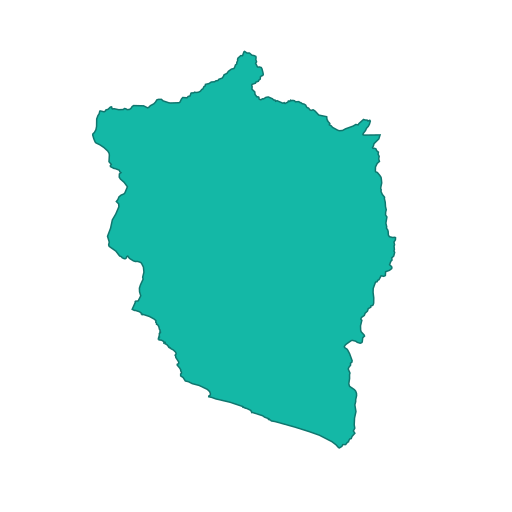 outline of Ica, Ica, Peru, rotated 350°
{"feature_id": "86281439B40725623046053", "entity_name": "Ica", "entity_type": "district", "adm_level": 2, "iso_a3": "PER", "parent_name": "Peru", "parent_adm1": "Ica", "projection": "orthographic", "projection_center": [-75.617, -14.336], "detail": "fine", "context": "isolated", "style": "filled", "palette": "teal", "viewbox_px": 512, "rotation_deg": 350, "n_neighbors": 0, "source": "geoboundaries", "source_scale": "gbopen_adm2", "svg_char_len": 6046}
<svg xmlns="http://www.w3.org/2000/svg" viewBox="0 0 512 512"><g transform="rotate(350 256 256)"><path d="M284.8,55.0L282.3,54.5L280.3,52.5L279.6,52.8L277.5,56.4L275.8,56.0L272.6,58.0L272.0,59.1L271.9,60.4L270.7,62.0L270.4,63.5L268.8,64.4L268.3,65.6L266.9,67.5L264.2,67.7L260.9,69.3L259.1,71.1L256.0,72.0L255.3,73.2L253.7,74.9L250.1,75.5L249.0,76.6L246.9,76.5L245.5,77.2L242.1,76.9L239.7,78.0L236.0,78.2L235.6,79.6L234.2,80.1L232.6,82.3L231.6,82.5L229.8,84.1L227.8,84.7L225.3,84.6L224.0,84.0L223.0,84.5L220.8,84.2L220.2,84.4L218.9,86.9L216.9,87.1L215.5,88.2L211.4,87.2L209.8,88.5L207.9,91.2L206.9,91.7L198.5,90.5L196.8,90.0L191.3,87.0L190.1,85.3L187.1,84.8L185.5,85.0L183.7,87.0L181.8,88.4L178.1,89.6L176.3,90.9L175.0,91.3L171.4,88.6L161.6,86.6L160.0,87.3L158.4,89.0L156.8,89.7L154.5,89.5L153.4,88.4L152.0,87.9L150.8,88.7L146.2,88.1L141.8,86.3L140.1,86.2L139.7,85.6L139.8,84.3L139.3,83.9L138.0,84.3L135.9,85.8L133.5,86.1L132.8,87.1L131.4,87.6L127.9,86.1L127.3,86.2L126.3,88.6L124.7,90.3L122.9,93.4L121.5,100.7L120.3,103.8L118.3,106.3L116.6,107.4L116.2,108.5L116.6,112.3L117.4,115.8L118.0,116.8L121.7,119.5L125.1,122.8L128.3,127.0L129.2,129.5L129.1,131.2L127.6,137.6L129.4,140.7L128.2,141.8L128.2,142.7L131.3,145.1L132.6,145.5L136.2,147.7L136.6,149.5L137.5,150.5L135.7,151.5L135.0,154.6L135.9,156.8L138.9,160.5L141.4,165.5L137.8,171.1L136.5,172.0L133.7,172.6L131.3,174.0L129.8,176.4L127.9,178.1L129.8,180.8L129.5,183.7L125.2,190.3L120.8,195.5L117.6,203.4L113.2,210.8L113.9,216.8L112.8,219.5L113.1,221.1L118.8,226.8L121.4,231.8L121.9,232.5L123.3,233.3L123.9,234.5L125.8,235.8L126.8,236.0L127.8,235.5L128.6,234.2L129.7,233.8L131.0,236.4L134.4,239.5L136.3,240.5L138.2,240.7L140.1,241.6L141.5,242.5L142.1,243.7L143.2,247.4L142.8,252.5L140.7,257.2L140.8,259.2L137.3,264.2L135.6,267.4L135.1,271.1L135.6,275.2L132.5,279.3L131.9,279.8L129.5,279.6L129.1,279.9L129.0,280.8L124.8,287.0L126.8,288.5L127.9,288.7L131.6,290.7L133.0,292.2L133.1,293.3L133.7,293.4L133.8,294.0L134.2,293.8L135.8,294.5L140.6,297.1L144.6,300.3L146.2,302.2L145.8,303.9L146.4,304.8L146.2,306.0L147.2,306.6L148.0,308.7L148.2,311.6L148.7,312.3L148.3,313.7L148.7,314.3L148.0,314.8L148.2,315.1L147.3,315.6L147.1,317.1L146.3,318.8L146.7,319.1L145.8,319.7L145.4,320.8L146.1,321.2L146.0,321.8L148.3,322.5L150.4,324.3L150.2,325.7L151.5,325.5L151.2,326.6L152.6,327.6L153.6,329.0L154.1,330.3L154.5,330.5L154.4,330.9L155.0,331.5L155.6,331.5L156.1,332.5L158.3,334.2L160.1,336.7L160.4,338.1L160.0,339.0L159.1,339.6L159.5,340.6L159.4,342.0L161.5,347.0L161.1,348.5L159.6,349.0L159.5,349.9L161.3,352.9L162.1,355.0L161.9,356.0L162.4,357.5L162.2,358.5L161.3,359.1L161.0,361.0L163.1,363.0L164.7,366.8L167.7,368.1L171.0,370.6L177.5,373.6L184.9,378.9L186.8,381.5L187.2,383.7L186.9,384.9L185.2,385.7L185.0,386.4L187.9,387.6L191.7,389.8L204.8,395.4L216.6,401.8L216.8,402.6L217.3,402.5L217.4,402.9L218.7,403.5L218.8,403.9L220.4,404.5L224.0,407.1L224.7,409.5L225.2,409.4L234.7,414.4L236.5,416.2L240.2,418.4L240.0,418.9L240.5,419.0L240.4,419.4L241.7,420.0L242.5,421.1L246.1,422.4L264.9,431.4L278.1,438.3L287.3,443.5L298.5,452.0L302.0,455.8L304.0,459.0L304.8,459.5L307.5,458.4L308.7,456.8L311.5,457.3L313.6,455.4L314.9,455.0L315.1,454.2L316.5,452.5L318.1,452.3L319.2,450.4L322.6,447.7L321.5,445.2L323.4,442.7L323.4,439.4L324.9,432.7L327.4,426.6L327.5,419.8L328.9,416.7L329.2,414.8L330.8,411.0L331.1,408.8L330.7,406.4L329.7,404.7L325.5,400.6L325.2,397.9L326.9,392.9L327.5,389.1L328.2,387.6L327.2,383.3L328.0,381.9L330.2,379.9L330.4,378.0L332.0,377.2L332.5,375.8L331.2,368.4L330.0,364.7L329.5,363.6L327.4,361.6L327.2,360.7L328.2,359.4L329.7,358.4L335.0,355.9L336.2,355.8L339.4,357.2L340.7,358.6L343.5,360.0L345.0,359.7L345.7,359.1L346.9,355.1L349.0,353.7L348.7,352.4L346.4,348.9L346.2,347.1L346.8,342.9L349.1,337.7L348.2,336.5L348.5,335.9L349.3,334.8L352.4,333.3L353.5,331.3L356.2,329.6L357.4,327.3L360.1,326.4L360.4,325.1L362.3,324.9L362.9,324.4L363.7,322.8L364.7,317.7L365.0,312.0L365.8,308.3L368.9,302.9L369.4,302.4L370.7,302.4L371.8,301.0L373.0,300.7L375.8,297.2L378.2,298.2L380.0,297.7L380.9,294.0L384.9,293.3L387.4,292.0L387.8,291.2L387.7,290.0L386.0,287.8L387.9,284.6L389.2,283.7L389.4,281.4L391.6,280.0L393.2,276.5L392.7,275.0L393.4,273.7L393.7,270.1L394.4,269.1L394.3,266.2L396.1,264.3L396.6,262.2L396.0,261.7L393.8,261.5L390.8,260.2L390.0,258.4L390.4,254.7L390.2,253.1L389.3,251.2L389.8,250.0L389.6,246.2L391.7,240.3L390.7,238.1L391.3,235.3L392.3,233.1L392.1,229.9L392.6,225.5L392.4,221.8L392.8,220.4L391.1,217.3L390.3,214.1L390.8,212.5L390.5,211.3L390.9,209.8L392.5,205.9L392.8,202.0L392.8,200.2L391.9,198.1L390.0,194.8L388.7,194.1L388.3,193.2L389.1,189.1L391.5,185.8L394.0,184.3L393.7,181.8L394.6,179.2L393.9,176.9L394.6,175.0L393.1,173.2L392.7,171.3L391.4,170.5L390.1,170.4L389.5,169.6L390.8,167.9L391.7,165.9L397.3,162.0L399.2,158.3L383.3,155.7L382.4,155.0L382.9,153.9L385.6,151.5L387.0,149.4L389.1,147.8L390.6,145.9L392.0,143.0L391.6,142.1L389.7,142.5L389.1,141.5L387.0,141.0L385.6,140.2L380.4,143.4L379.3,144.6L377.1,143.8L374.3,144.9L366.2,146.3L363.1,147.4L359.8,147.1L358.4,146.4L353.7,142.6L352.6,140.8L351.0,139.5L351.7,138.3L349.9,135.4L350.1,134.8L349.6,134.1L349.8,131.1L342.3,128.1L339.4,123.6L338.2,122.4L337.6,121.9L335.7,122.2L334.5,121.5L333.4,119.4L332.3,118.9L331.7,118.1L331.1,116.0L329.8,114.8L327.8,113.9L326.8,112.7L325.9,112.5L325.0,111.4L321.6,111.0L320.9,109.8L319.2,109.1L318.2,109.3L317.2,108.5L316.1,109.6L315.2,109.0L314.6,109.1L314.0,110.1L312.0,110.5L311.4,110.9L310.6,110.6L310.4,109.9L309.0,110.2L303.7,106.7L302.2,107.0L301.8,105.7L300.5,105.4L299.5,104.0L295.7,101.5L293.3,101.5L290.6,102.6L289.7,102.3L287.9,103.0L286.6,102.3L286.3,101.8L286.4,100.2L285.7,99.6L284.5,99.4L283.1,96.7L283.3,94.2L281.0,91.0L281.6,88.5L281.4,87.2L281.9,86.3L285.5,85.7L286.0,84.8L288.7,84.3L289.2,83.4L290.9,82.5L291.5,80.3L292.8,79.5L293.7,79.5L294.3,79.1L294.7,78.4L294.7,76.8L294.4,72.8L293.9,71.3L292.1,70.4L290.9,70.4L290.2,69.9L289.1,66.1L290.3,64.9L289.9,62.7L290.5,60.6L290.5,59.4L288.9,58.3L286.8,57.5L284.8,55.0Z" fill="#14b8a6" stroke="#0f766e" stroke-width="1.5"/></g></svg>